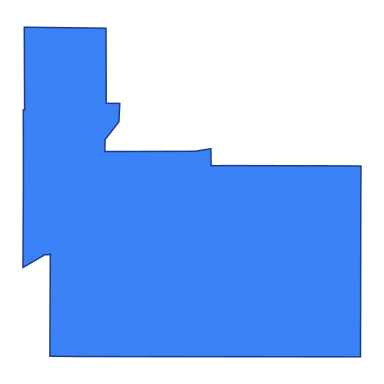 outline of Geary, Kansas, United States of America
{"feature_id": "52423323B10299341155565", "entity_name": "Geary", "entity_type": "district", "adm_level": 2, "iso_a3": "USA", "parent_name": "United States of America", "parent_adm1": "Kansas", "projection": "mercator", "projection_center": [-96.82, 39.045], "detail": "fine", "context": "isolated", "style": "filled", "palette": "blue", "viewbox_px": 384, "rotation_deg": 0, "n_neighbors": 0, "source": "geoboundaries", "source_scale": "gbopen_adm2", "svg_char_len": 465}
<svg xmlns="http://www.w3.org/2000/svg" viewBox="0 0 384 384"><path d="M23.3,109.9L23.4,178.2L23.0,267.4L45.0,254.6L46.7,254.8L47.2,254.7L49.5,254.6L50.3,254.2L49.9,356.2L76.5,356.5L130.9,356.6L360.5,356.8L360.8,193.4L361.0,166.1L347.3,165.9L230.5,165.6L211.1,165.7L210.9,148.7L195.0,151.3L123.1,151.5L104.9,151.5L105.0,139.6L118.9,121.8L119.8,103.4L106.2,103.3L106.0,28.2L24.3,27.2L24.6,109.9L23.3,109.9Z" fill="#3b82f6" stroke="#1e3a8a" stroke-width="1.5"/></svg>